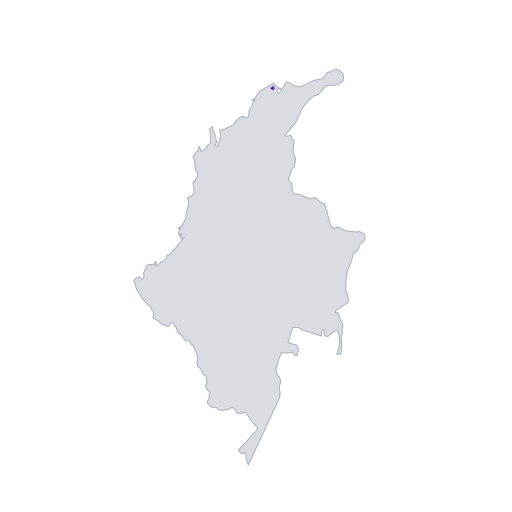 Soledad, Atlántico, Colombia (highlighted), rotated 17°
{"feature_id": "7082276B16795204487945", "entity_name": "Soledad", "entity_type": "district", "adm_level": 2, "iso_a3": "COL", "parent_name": "Colombia", "parent_adm1": "Atlántico", "projection": "equal_earth", "projection_center": [-74.779, 10.91], "detail": "fine", "context": "in_parent", "style": "filled", "palette": "violet", "viewbox_px": 512, "rotation_deg": 17, "n_neighbors": 0, "source": "geoboundaries", "source_scale": "gbopen_adm2", "svg_char_len": 4294}
<svg xmlns="http://www.w3.org/2000/svg" viewBox="0 0 512 512"><g transform="rotate(17 256 256)"><path d="M284.8,67.7L280.9,69.8L273.4,72.4L268.3,83.7L264.7,85.7L260.4,92.4L257.2,100.7L254.8,117.6L248.3,132.0L248.9,132.6L251.4,132.0L253.9,130.4L254.7,130.9L255.6,133.4L258.6,134.0L260.9,145.7L265.4,151.6L265.9,153.9L266.5,158.7L264.9,161.7L264.5,172.4L265.9,175.0L269.2,176.1L271.5,182.7L272.9,184.3L274.9,185.3L279.8,184.3L288.7,185.4L290.7,185.2L295.7,182.9L302.0,185.7L306.6,186.2L319.3,206.3L320.6,205.7L322.2,206.9L325.4,204.8L328.2,204.5L331.8,205.5L336.5,205.5L346.1,203.4L347.6,202.3L352.8,203.4L354.4,204.9L355.1,208.7L354.5,211.0L352.7,213.3L351.7,216.3L351.5,220.0L350.6,222.7L348.9,224.4L348.3,227.0L348.7,230.3L347.8,245.5L348.5,246.8L349.1,253.0L351.3,261.1L352.4,263.4L354.3,265.3L357.7,272.0L356.9,274.3L348.3,284.7L347.8,287.1L349.5,286.2L352.2,287.1L353.1,289.7L359.6,297.0L359.5,299.7L361.3,305.2L361.0,306.4L365.5,322.0L365.7,325.3L361.9,326.2L361.8,315.8L361.2,313.6L357.0,304.4L356.2,303.6L353.3,304.7L348.7,311.5L346.5,312.6L344.8,311.6L343.0,307.5L341.8,306.8L340.7,310.2L342.2,313.3L321.5,313.2L317.5,312.0L312.0,313.5L311.9,329.3L321.7,329.5L324.4,334.1L324.1,337.7L324.6,339.1L322.2,339.8L318.8,337.3L312.7,340.3L308.3,341.0L308.0,358.5L310.7,362.8L315.9,367.5L316.6,370.6L316.3,373.6L317.5,377.4L319.2,379.4L319.2,381.6L320.1,384.1L309.8,458.0L306.1,453.5L304.8,449.5L303.1,447.8L299.6,449.1L295.9,447.0L307.9,422.0L307.5,419.7L297.5,413.6L296.5,412.0L291.8,408.7L289.1,409.7L287.6,411.3L284.0,411.8L281.1,409.2L277.6,407.4L273.4,411.7L272.2,411.6L269.2,413.4L266.0,414.1L261.9,412.3L258.5,413.6L256.2,413.3L255.3,412.0L252.3,410.5L252.0,408.8L252.8,405.7L251.5,399.6L251.1,398.6L248.8,398.5L246.1,396.2L245.6,394.9L246.2,392.4L245.7,390.3L243.1,385.4L239.5,384.2L236.1,380.1L232.6,378.7L231.0,375.8L229.5,369.2L225.9,364.1L223.4,362.3L222.6,359.9L220.0,359.7L216.5,356.3L215.0,356.1L213.9,357.7L210.6,356.0L207.9,353.5L205.0,352.9L203.1,351.4L199.7,346.7L196.1,344.4L193.9,345.2L193.2,348.7L192.0,349.3L187.8,348.5L187.1,349.2L186.0,349.0L180.8,346.4L175.7,345.5L174.5,339.6L171.2,337.5L170.2,334.7L167.9,335.0L159.2,329.6L155.6,325.9L152.5,323.9L149.3,319.7L148.8,318.0L146.3,315.6L147.6,312.5L150.5,310.1L154.4,311.9L154.9,308.3L153.5,305.1L154.2,297.8L155.2,296.1L157.4,294.7L158.7,295.2L159.5,294.0L162.7,294.6L163.7,294.1L166.1,291.1L167.1,288.8L168.2,289.0L170.8,285.1L170.4,281.2L172.8,280.3L175.4,273.8L176.5,273.7L177.1,270.6L181.6,259.9L179.9,261.2L178.2,260.4L178.5,256.8L177.9,256.4L176.5,259.2L175.2,256.4L175.6,251.8L173.6,252.7L173.7,251.6L176.6,248.2L177.8,240.3L176.9,237.5L176.3,225.7L175.7,223.4L173.4,220.5L177.1,217.2L178.5,214.6L176.8,209.4L174.6,205.0L174.5,202.4L175.8,202.6L176.4,195.3L175.1,192.6L173.6,192.5L168.6,181.7L166.8,179.5L168.2,174.3L169.7,172.0L169.4,168.1L170.4,168.3L172.5,171.9L173.4,171.3L176.8,168.0L176.9,164.8L179.6,161.5L175.8,150.5L174.5,148.8L176.1,145.2L176.9,145.4L178.4,148.9L180.8,151.1L184.2,157.3L185.8,158.6L184.7,160.0L184.4,161.5L184.9,162.3L186.9,162.5L187.7,160.8L187.2,153.3L186.4,149.6L184.5,147.0L185.1,145.8L188.7,144.0L196.1,136.9L198.7,130.2L200.6,127.8L202.8,126.2L205.5,126.6L207.6,125.8L208.2,123.6L206.8,119.0L208.4,112.7L208.4,109.5L209.4,107.6L209.0,106.8L206.3,109.0L209.1,104.6L211.1,97.8L221.8,85.8L228.8,88.7L231.0,88.5L228.1,90.0L227.7,91.7L228.7,93.5L229.8,94.1L230.7,92.9L233.0,85.9L233.3,82.0L234.4,80.7L235.9,80.2L242.7,81.9L249.2,81.3L259.8,71.3L267.7,67.0L269.7,62.9L270.2,59.8L271.6,58.6L273.2,58.6L274.1,56.9L277.7,54.2L281.6,54.0L285.8,56.3L287.7,60.4L288.0,63.2L284.8,67.7ZM162.8,293.3L162.3,293.8L161.4,292.8L161.1,291.6L161.7,290.7L162.4,291.0L162.8,293.3Z" fill="#d9dde1" stroke="#a8b0b8" stroke-width="1"/><path d="M222.1,90.5L222.0,90.8L222.0,91.0L221.9,91.0L222.0,91.2L222.3,91.0L222.2,91.1L222.3,91.1L222.2,91.1L222.2,91.3L222.3,91.4L222.5,91.3L222.5,91.2L222.6,91.3L222.8,91.3L223.0,91.4L223.0,91.2L223.1,91.3L223.2,91.2L223.3,91.0L223.5,91.2L223.7,91.3L223.7,91.2L223.8,91.1L223.8,90.9L224.0,90.8L224.0,90.7L223.9,90.4L223.7,90.3L223.7,90.2L223.4,89.9L223.4,89.7L223.2,89.7L223.2,89.8L223.2,89.7L223.1,89.8L223.0,90.0L222.9,89.9L222.9,90.0L222.7,90.1L222.7,90.3L222.4,90.3L222.2,90.4L222.2,90.5L222.1,90.5Z" fill="#8b5cf6" stroke="#5b21b6" stroke-width="1.5"/></g></svg>